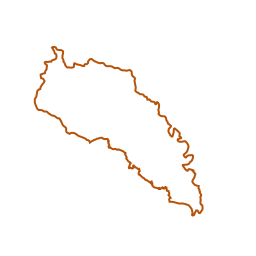 Lap Thach, Vĩnh Phúc, Vietnam, rotated 311°
{"feature_id": "81297802B47675849617506", "entity_name": "Lap Thach", "entity_type": "district", "adm_level": 2, "iso_a3": "VNM", "parent_name": "Vietnam", "parent_adm1": "Vĩnh Phúc", "projection": "natural_earth1", "projection_center": [105.476, 21.411], "detail": "fine", "context": "isolated", "style": "outline", "palette": "amber", "viewbox_px": 256, "rotation_deg": 311, "n_neighbors": 0, "source": "geoboundaries", "source_scale": "gbopen_adm2", "svg_char_len": 5901}
<svg xmlns="http://www.w3.org/2000/svg" viewBox="0 0 256 256"><g transform="rotate(311 128 128)"><path d="M141.4,20.8L140.9,19.2L139.4,17.9L138.7,18.0L138.6,19.2L138.0,20.3L137.6,21.8L136.3,23.8L136.2,24.2L136.5,25.0L136.5,25.4L135.4,26.9L133.6,28.0L132.9,28.1L131.8,27.8L131.2,27.5L130.4,26.8L129.7,26.7L128.7,26.2L127.4,26.4L126.8,25.3L125.3,24.3L124.8,23.7L124.3,22.7L123.0,22.1L122.6,22.3L122.5,23.0L122.0,23.9L122.3,24.8L122.3,25.2L121.9,25.9L121.0,26.6L119.9,27.2L119.0,28.0L116.6,28.3L115.0,29.3L114.7,29.3L113.4,28.2L112.1,27.7L111.5,27.2L111.1,27.0L110.9,27.1L109.8,28.2L108.6,29.8L109.0,30.2L109.4,31.7L108.9,33.8L108.4,34.4L106.8,34.7L104.6,34.7L101.5,35.2L100.6,35.8L99.7,36.2L99.1,35.9L98.4,35.3L96.4,35.3L91.6,38.2L89.2,38.6L88.0,39.2L86.3,40.8L85.4,42.0L83.3,46.1L82.9,47.4L83.0,48.7L85.0,51.3L85.3,53.6L86.9,55.7L87.1,56.2L87.0,58.8L87.4,61.3L87.7,62.7L88.8,64.4L89.1,68.3L89.3,68.8L90.2,69.9L89.4,72.6L87.7,76.2L87.4,77.2L87.3,79.1L87.5,79.9L87.3,81.2L87.1,81.6L84.9,83.6L84.7,84.0L84.6,85.0L85.2,87.7L86.5,88.0L87.2,88.5L88.5,90.0L88.9,90.8L89.4,92.8L89.4,94.3L89.7,96.4L90.5,98.1L92.1,103.0L92.0,104.9L92.7,105.9L92.8,107.2L92.5,108.0L92.0,108.8L93.7,109.1L96.8,110.3L98.0,111.1L99.3,111.4L100.4,112.4L102.2,113.4L103.5,114.6L103.7,116.4L104.2,117.6L105.6,118.9L106.1,119.8L106.3,119.9L105.8,121.0L104.8,121.7L104.7,121.9L104.9,122.1L105.2,122.3L103.3,123.5L103.3,124.4L102.8,125.2L101.3,125.4L100.7,126.6L100.7,126.8L101.8,127.3L101.7,128.7L102.2,130.7L104.0,132.2L104.1,133.1L104.8,134.6L105.3,134.6L105.7,134.9L107.2,139.5L107.3,140.3L107.1,141.8L107.6,142.4L107.5,142.6L107.0,142.9L106.5,142.9L106.2,143.2L105.0,146.2L103.8,146.7L103.6,148.1L103.1,149.8L103.1,150.6L103.4,152.0L103.2,153.2L103.0,153.3L102.3,153.0L99.4,154.4L98.8,154.5L98.6,154.8L98.4,155.1L99.0,155.6L99.7,155.9L99.9,157.3L100.4,158.0L100.8,158.1L101.3,158.0L103.0,156.6L103.5,157.0L103.5,157.8L103.1,158.9L103.0,159.4L103.6,160.4L103.6,162.7L103.8,163.2L104.4,163.4L104.0,163.9L103.2,165.1L102.2,164.9L100.6,165.9L100.2,166.2L100.0,166.7L100.1,167.1L100.5,167.4L100.6,167.7L100.3,168.2L100.3,171.0L100.2,171.4L100.2,171.8L100.6,172.5L100.3,175.1L100.5,175.8L100.9,176.3L101.0,176.7L101.2,179.0L101.4,180.2L101.5,180.7L101.2,181.4L101.4,181.7L102.0,181.7L102.1,180.5L103.1,180.9L102.6,181.6L102.4,182.3L102.0,182.9L101.5,183.4L100.8,183.5L100.5,184.7L100.3,186.4L100.6,187.2L101.6,188.9L102.3,190.7L102.9,190.6L103.3,190.9L103.4,191.1L103.2,191.3L102.4,191.6L103.0,192.4L103.7,192.4L104.7,192.8L105.7,192.9L105.5,194.2L106.7,194.4L107.9,195.0L107.8,195.5L106.6,194.9L106.5,195.4L107.3,195.6L108.2,196.1L106.2,198.6L107.0,200.1L106.6,200.5L106.0,201.7L105.0,202.6L104.0,202.5L103.3,206.0L103.2,206.1L102.3,205.5L101.2,205.8L99.6,207.7L101.8,210.5L104.5,216.1L106.6,218.4L107.9,220.5L109.3,223.9L109.5,224.8L109.1,227.3L108.6,229.2L106.7,231.9L105.5,232.9L104.4,233.3L104.4,234.0L104.6,234.5L104.9,234.7L105.9,234.9L107.9,234.1L110.6,233.6L111.0,234.0L111.3,234.6L111.1,235.5L110.4,237.2L110.7,237.8L111.1,238.1L114.4,237.8L115.2,237.7L115.9,237.3L117.3,236.1L118.1,235.1L118.4,234.5L118.2,233.4L118.3,232.8L118.7,232.1L120.0,230.9L121.1,230.4L123.5,227.8L124.5,227.7L125.4,227.3L125.9,226.1L126.3,224.6L127.2,224.1L127.4,223.0L128.3,222.5L128.5,222.2L128.6,220.9L130.6,219.4L129.7,217.9L128.9,215.7L129.2,213.1L129.4,212.4L130.0,211.5L131.4,211.0L133.5,210.7L134.5,210.4L137.2,209.2L137.6,208.9L137.5,207.8L138.0,207.3L138.0,207.0L137.9,205.1L138.0,204.9L138.8,205.0L138.5,203.9L137.0,201.0L136.2,200.8L135.0,201.0L134.7,200.9L134.4,200.2L134.5,198.1L135.0,196.4L135.3,194.7L135.7,193.8L135.9,193.7L136.2,193.7L138.7,196.2L139.7,197.0L141.0,197.5L141.9,197.4L142.8,197.1L144.5,197.6L145.9,197.4L147.8,196.7L149.6,195.4L149.7,194.5L149.4,193.9L147.1,191.7L146.4,191.3L145.5,191.0L144.3,191.2L143.7,191.0L143.4,189.9L143.8,188.2L144.3,187.7L144.8,187.6L147.2,188.0L148.7,188.0L149.4,187.8L150.9,187.3L153.4,186.1L154.1,185.5L154.6,184.5L155.5,182.0L155.5,179.9L155.2,179.4L153.2,177.9L151.7,176.3L151.3,175.6L151.1,174.4L151.4,173.4L151.8,173.2L152.7,173.1L154.8,174.6L155.4,174.6L155.6,174.5L155.7,174.2L155.5,172.7L155.5,172.2L155.8,171.9L157.4,171.0L158.0,170.4L158.3,168.2L158.4,164.0L158.2,163.4L157.4,163.2L154.7,165.3L150.8,167.1L150.5,167.0L150.2,166.6L150.3,164.8L151.5,161.5L152.2,160.6L152.6,160.2L153.3,159.8L154.3,159.4L156.8,159.5L157.3,159.4L157.8,159.0L157.8,157.2L157.6,155.3L158.5,154.0L158.9,152.2L160.5,150.0L160.9,148.7L160.8,148.0L158.8,145.3L158.5,144.1L158.5,142.0L158.8,141.7L159.7,141.4L160.3,140.9L161.5,139.0L163.1,138.3L165.0,137.1L166.4,135.4L166.8,133.9L166.7,133.3L166.4,132.9L165.8,133.0L164.9,133.4L164.4,133.5L164.1,133.3L164.1,132.7L164.2,132.4L164.8,131.4L164.8,130.5L163.3,128.2L163.2,127.7L163.6,126.1L163.6,125.4L163.3,125.0L162.4,124.6L162.2,124.2L162.6,123.2L163.4,122.3L163.6,121.6L163.4,121.1L162.8,120.4L162.6,119.8L163.0,118.5L163.1,117.4L162.7,116.6L161.4,114.8L161.3,112.8L160.8,111.2L160.8,109.5L161.0,109.0L163.4,107.5L164.4,106.4L167.0,103.0L168.2,101.7L169.5,101.1L170.2,100.4L170.3,99.7L170.2,97.6L170.4,96.7L171.1,95.6L172.7,94.0L173.1,92.8L172.9,91.3L172.6,91.0L170.2,89.3L169.6,88.0L168.3,86.6L167.8,85.7L167.2,84.3L167.1,82.3L166.8,81.2L166.2,80.3L164.5,78.8L164.2,77.7L163.9,75.5L163.2,74.3L160.9,71.7L160.5,70.7L160.4,69.7L160.8,67.5L160.5,66.3L160.2,65.8L158.6,64.5L158.2,63.9L157.5,62.3L156.3,58.2L156.2,55.6L156.1,55.2L155.2,54.3L154.3,54.1L152.3,54.2L151.8,54.4L150.9,55.2L150.4,55.2L149.2,55.0L148.3,54.0L147.5,53.6L147.0,53.7L146.3,54.2L145.9,54.2L145.2,53.3L144.0,50.3L142.7,48.1L142.2,47.0L142.2,46.2L141.8,45.3L141.5,45.1L141.0,45.2L138.9,46.8L138.5,47.0L137.7,46.8L136.2,45.5L135.1,43.8L133.9,42.5L133.8,41.8L134.1,39.9L135.4,37.5L135.8,35.7L136.9,34.8L137.7,32.7L139.6,31.1L141.9,29.9L143.1,28.8L143.3,28.3L143.2,27.6L143.0,26.7L142.5,25.9L141.6,24.9L140.6,22.9L140.7,22.2L141.4,20.8Z" fill="none" stroke="#b45309" stroke-width="2"/></g></svg>